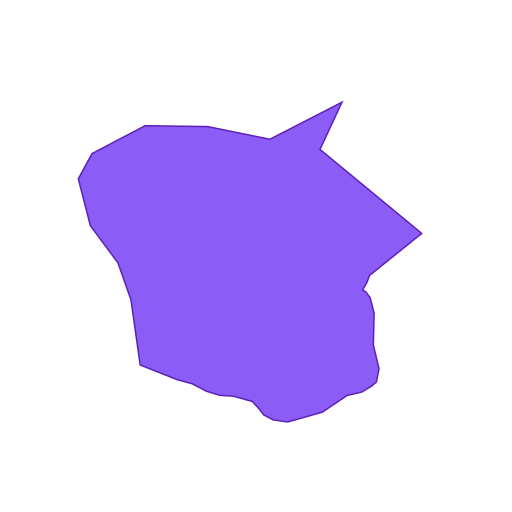 the Municipality of Pesnica, rotated 150°
{"feature_id": "SVN-976", "entity_name": "Pesnica", "entity_type": "Municipality", "adm_level": 1, "iso_a3": "SVN", "parent_name": "Slovenia", "parent_adm1": "", "projection": "natural_earth1", "projection_center": [15.715, 46.623], "detail": "fine", "context": "isolated", "style": "filled", "palette": "violet", "viewbox_px": 512, "rotation_deg": 150, "n_neighbors": 0, "source": "natural_earth", "source_scale": "10m", "svg_char_len": 596}
<svg xmlns="http://www.w3.org/2000/svg" viewBox="0 0 512 512"><g transform="rotate(150 256 256)"><path d="M346.7,426.7L286.9,424.3L233.1,392.2L185.7,350.2L104.6,346.2L147.3,316.3L101.2,192.7L167.3,182.4L173.8,177.2L180.7,173.3L178.8,170.1L178.0,162.8L182.3,147.4L198.9,120.2L205.8,96.9L214.7,86.7L221.2,85.5L232.4,85.3L247.0,89.7L276.6,87.6L311.5,96.4L323.1,105.5L328.8,114.5L330.1,123.8L331.9,131.8L345.9,146.1L357.0,153.4L366.6,163.7L375.1,177.2L386.2,188.4L410.8,219.5L386.2,280.5L379.0,319.1L384.3,365.0L371.3,411.7L346.7,426.7Z" fill="#8b5cf6" stroke="#5b21b6" stroke-width="1.5"/></g></svg>